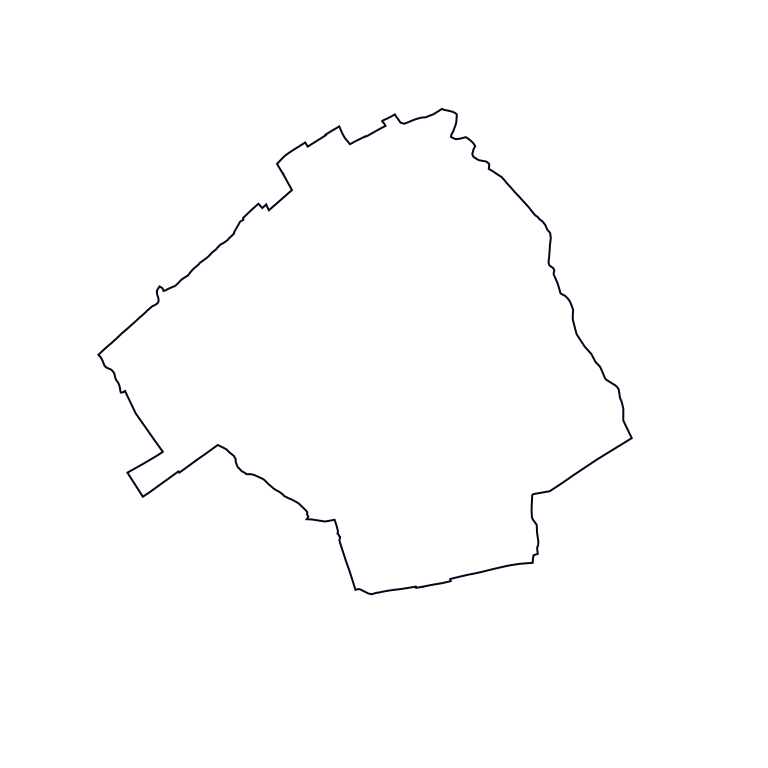 Heiloo, Noord-Holland, Netherlands, rotated 133°
{"feature_id": "6326949B43926966977356", "entity_name": "Heiloo", "entity_type": "district", "adm_level": 2, "iso_a3": "NLD", "parent_name": "Netherlands", "parent_adm1": "Noord-Holland", "projection": "orthographic", "projection_center": [4.712, 52.602], "detail": "fine", "context": "isolated", "style": "outline", "palette": "ink", "viewbox_px": 768, "rotation_deg": 133, "n_neighbors": 0, "source": "geoboundaries", "source_scale": "gbopen_adm2", "svg_char_len": 6166}
<svg xmlns="http://www.w3.org/2000/svg" viewBox="0 0 768 768"><g transform="rotate(133 384 384)"><path d="M403.4,155.7L399.4,160.3L396.8,161.3L394.1,163.5L388.2,170.8L383.0,176.1L382.6,177.5L381.5,183.1L381.0,184.2L379.9,185.6L376.3,189.4L372.7,192.6L364.7,199.4L363.9,199.8L363.3,199.9L362.7,199.7L349.7,189.9L349.1,189.6L333.9,185.9L321.7,183.3L293.8,176.7L254.6,165.9L247.7,183.6L246.9,184.7L239.7,191.3L238.7,192.3L235.8,196.7L234.7,198.5L233.4,201.6L232.6,202.7L228.2,208.2L227.8,209.1L227.4,210.4L227.2,212.8L227.3,214.2L229.3,224.4L229.2,225.6L228.8,226.8L224.4,236.7L224.0,238.3L223.8,240.9L223.7,243.5L223.4,245.0L220.6,253.0L220.5,254.8L219.7,263.1L219.3,264.7L216.4,276.4L215.8,277.8L209.2,288.2L208.2,289.7L206.9,291.1L203.2,294.3L201.0,296.0L200.5,296.8L198.7,300.2L196.8,304.4L196.2,307.5L196.0,311.1L196.3,312.7L197.2,315.8L197.2,316.5L197.0,317.4L195.9,319.0L192.1,325.5L188.1,334.6L187.7,335.1L187.1,335.6L185.5,336.4L185.1,336.7L184.4,337.7L184.1,338.4L183.9,339.1L183.9,339.8L184.4,343.0L184.4,343.9L184.1,344.6L182.7,346.8L181.4,347.8L178.8,349.6L172.3,354.8L169.6,357.1L163.7,361.4L162.8,362.3L161.4,364.2L160.4,365.1L160.0,366.9L160.0,367.7L160.0,368.4L159.9,369.0L159.8,369.6L158.9,372.0L158.2,373.4L157.9,374.0L157.7,374.6L157.2,377.6L157.1,378.9L157.0,379.6L157.3,380.9L157.4,383.0L157.2,384.1L157.0,385.9L157.4,387.7L157.5,388.9L157.0,392.7L156.0,398.8L155.7,402.5L155.3,407.6L155.0,410.4L154.5,418.6L153.9,424.2L153.3,431.7L152.8,434.8L152.5,438.3L152.4,439.1L152.5,439.7L153.0,442.0L154.2,449.7L155.2,453.9L155.2,454.1L152.5,456.1L151.4,457.1L151.3,457.4L151.5,460.5L151.6,461.0L155.4,466.9L155.8,467.8L156.2,469.6L156.8,473.2L156.7,473.8L156.3,474.9L155.8,475.9L155.4,476.4L154.5,476.9L153.2,477.5L151.1,478.7L147.9,479.5L147.3,481.4L146.9,483.4L146.9,485.3L147.1,488.7L147.4,491.2L147.5,492.0L147.8,492.4L148.1,492.8L149.4,493.6L153.1,496.0L155.6,498.1L156.1,498.6L157.5,502.9L157.6,503.5L156.9,504.0L155.7,504.7L154.8,505.1L152.8,505.4L147.7,507.5L144.9,508.7L143.1,509.8L140.3,512.0L137.3,514.5L137.1,515.1L137.3,516.9L138.1,519.4L139.8,522.6L142.5,527.0L143.3,529.3L144.7,529.6L153.3,531.9L156.6,533.6L160.7,535.5L163.1,537.9L164.9,539.1L167.6,540.8L171.1,542.6L179.6,546.5L180.2,547.4L181.5,549.9L181.6,550.3L181.0,552.8L180.6,554.6L180.5,555.5L180.1,557.4L179.7,558.9L179.4,559.9L183.9,561.3L188.2,562.9L189.7,563.6L192.5,564.7L192.8,564.7L193.2,564.3L193.4,561.6L194.0,559.4L194.2,558.9L194.4,559.0L202.2,561.7L213.1,565.1L215.9,566.3L215.7,566.6L226.6,570.7L228.8,571.4L231.8,572.4L231.0,578.9L230.7,580.7L229.8,583.6L229.0,585.8L228.1,587.9L226.1,592.4L241.5,596.9L241.7,596.2L262.4,601.7L261.1,606.3L276.5,610.4L282.2,611.7L284.3,612.0L286.1,612.2L296.0,612.4L298.9,602.3L298.7,601.9L298.9,601.0L299.3,601.0L300.4,597.3L301.3,594.7L304.9,583.6L327.1,585.8L335.4,586.7L333.8,590.9L333.0,592.6L334.5,592.7L338.3,593.0L337.8,598.8L348.2,599.7L358.5,600.3L358.8,600.2L359.6,599.0L359.8,598.8L360.6,599.0L362.7,599.8L363.7,599.9L367.5,598.9L374.3,597.4L375.5,597.0L375.7,596.8L375.8,596.6L376.2,596.3L377.6,596.3L380.2,596.5L383.6,596.7L385.1,596.5L386.3,596.7L390.2,597.5L390.8,597.7L393.4,598.7L397.3,598.8L399.6,598.6L403.5,599.1L404.7,599.4L410.5,599.4L412.4,599.6L415.2,600.2L417.3,600.5L419.0,600.9L420.8,601.3L422.1,601.1L423.0,601.1L430.0,601.9L431.2,601.9L434.4,601.8L438.5,601.4L441.8,602.4L443.0,602.6L443.3,602.8L444.4,603.0L447.1,603.4L451.1,603.3L452.6,603.5L454.2,603.5L454.8,603.7L455.3,603.8L456.5,604.5L460.9,606.4L463.6,607.4L466.0,608.4L466.2,608.7L466.3,609.0L465.3,610.5L465.2,611.1L465.2,611.5L465.2,611.8L465.3,613.0L465.8,614.7L470.6,613.8L472.9,611.4L473.5,610.5L475.2,607.4L476.1,606.4L477.6,605.1L478.3,604.8L479.2,604.8L480.1,604.8L482.3,605.3L484.8,606.4L488.5,606.9L489.6,606.9L492.4,607.3L493.8,607.2L499.3,607.7L501.3,608.0L508.4,608.5L512.4,608.9L518.2,609.4L526.0,610.3L530.6,610.5L539.7,611.2L547.2,612.1L557.4,612.8L557.6,609.6L558.1,608.4L558.3,607.3L559.5,604.4L560.0,603.6L560.2,603.0L561.1,601.2L561.3,600.1L561.3,599.2L561.1,597.6L560.8,596.7L559.7,593.9L559.6,592.8L559.6,591.6L560.0,589.3L560.1,588.8L560.3,588.3L562.7,584.8L563.4,583.5L563.6,583.0L563.8,582.1L564.0,580.7L564.4,579.3L565.1,577.5L566.2,575.5L566.7,574.9L567.0,574.4L568.1,573.1L569.4,571.3L569.7,570.5L568.1,569.3L567.6,569.0L567.0,568.9L566.1,568.9L565.7,568.7L571.5,554.1L574.9,545.3L581.8,512.6L584.4,499.5L589.1,500.6L593.2,501.7L606.6,505.7L618.6,509.5L623.8,511.2L630.9,483.5L623.9,481.8L619.9,481.0L588.1,474.7L588.4,473.2L566.1,468.9L556.8,466.9L542.0,464.0L540.0,457.5L539.6,455.8L539.3,454.7L539.2,453.7L539.4,452.2L539.5,451.2L539.4,449.8L539.0,445.0L539.1,444.3L539.6,442.9L539.8,442.1L540.1,441.2L540.4,440.9L541.4,440.2L542.7,438.2L544.2,435.2L544.5,434.3L544.6,432.8L544.6,431.8L544.6,430.8L544.8,428.7L544.7,428.1L544.3,427.0L544.1,426.0L543.8,425.0L543.9,424.0L543.8,423.4L543.6,422.9L541.4,420.6L540.5,419.4L539.6,417.9L539.0,416.8L536.2,408.3L535.8,406.4L535.8,404.5L535.9,403.1L536.0,399.8L535.7,393.5L535.4,391.5L534.8,389.1L534.5,387.9L534.2,386.6L534.0,385.4L533.8,382.7L534.0,380.8L533.9,380.1L533.1,377.7L532.9,376.5L532.4,375.2L531.6,373.3L531.2,371.9L530.0,367.3L529.5,364.6L529.6,360.5L529.7,355.5L529.8,354.0L530.0,353.1L530.3,352.5L530.7,352.1L531.7,351.5L532.0,351.1L532.1,350.7L532.6,348.9L534.2,348.5L535.6,348.3L533.2,345.5L532.3,344.4L525.4,334.2L524.8,333.4L524.1,332.8L517.0,327.5L520.0,322.0L523.1,317.2L525.0,316.1L525.2,315.6L525.1,314.7L525.2,314.2L525.8,313.0L525.8,312.7L525.7,312.2L525.8,311.9L526.0,311.6L526.6,311.2L528.0,310.5L528.8,309.9L529.4,309.1L539.2,291.5L544.3,281.7L548.7,273.8L554.0,264.5L552.0,263.3L551.3,262.6L550.7,261.8L550.3,260.9L548.3,254.0L548.1,253.2L547.7,252.3L546.9,250.8L545.8,249.4L541.5,246.9L541.1,246.3L536.2,242.9L532.7,240.3L527.6,236.2L523.3,232.5L517.6,228.0L510.9,222.9L511.1,222.7L510.5,222.2L511.1,221.4L505.3,217.1L505.5,216.9L505.0,216.6L504.5,216.5L497.3,211.3L489.8,205.5L483.2,201.1L482.6,200.8L481.5,202.6L478.0,200.4L466.5,192.7L461.0,188.7L454.7,184.3L444.5,177.7L434.9,171.2L430.0,167.7L423.2,162.3L418.0,157.6L413.4,153.3L410.5,155.7L409.1,156.7L407.2,157.8L403.4,155.7Z" fill="none" stroke="#020617" stroke-width="2"/></g></svg>